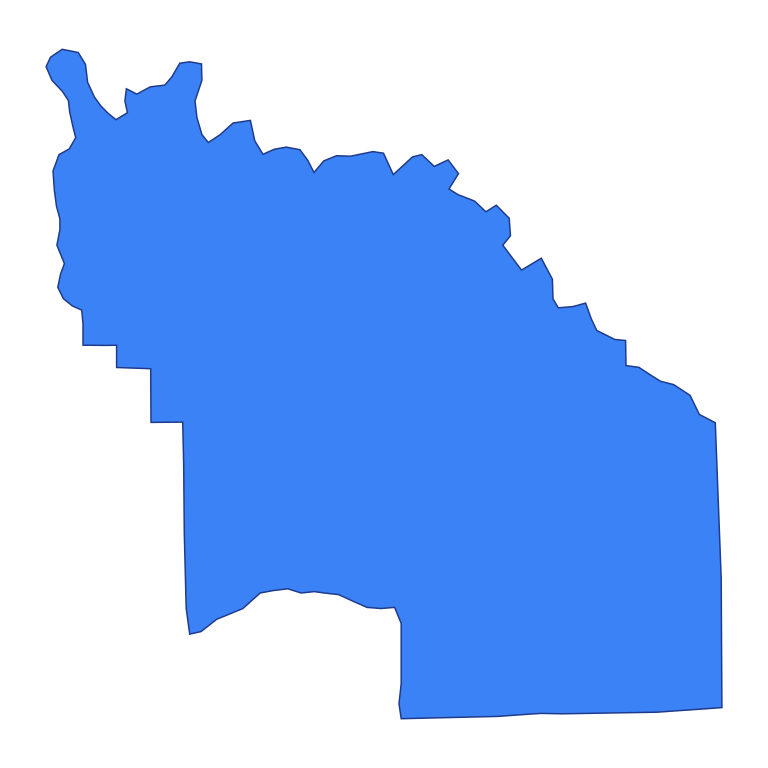 the district of Cândido Godói, Rio Grande do Sul, Brazil
{"feature_id": "56859067B20748730789342", "entity_name": "Cândido Godói", "entity_type": "district", "adm_level": 2, "iso_a3": "BRA", "parent_name": "Brazil", "parent_adm1": "Rio Grande do Sul", "projection": "natural_earth1", "projection_center": [-54.75, -27.926], "detail": "fine", "context": "isolated", "style": "filled", "palette": "blue", "viewbox_px": 768, "rotation_deg": 0, "n_neighbors": 0, "source": "geoboundaries", "source_scale": "gbopen_adm2", "svg_char_len": 1705}
<svg xmlns="http://www.w3.org/2000/svg" viewBox="0 0 768 768"><path d="M399.0,703.8L401.2,718.7L497.8,716.4L529.8,714.1L541.2,713.4L562.3,713.8L656.8,712.2L721.9,707.6L721.2,578.6L715.3,422.8L699.3,414.4L690.1,395.4L673.8,384.7L660.4,381.2L651.5,375.6L638.8,367.3L626.0,365.6L625.6,340.5L614.6,339.4L596.8,330.5L591.4,319.1L585.6,303.1L572.8,306.6L558.3,307.8L553.0,298.9L552.4,279.2L541.3,258.2L521.5,270.1L502.8,245.2L510.5,235.7L509.2,218.3L496.3,205.2L485.9,211.8L474.6,201.1L457.9,194.6L449.0,189.0L458.5,173.6L448.1,159.9L434.2,166.4L421.8,154.6L412.5,156.9L393.3,174.6L383.5,153.2L372.9,151.6L350.5,156.2L336.6,155.7L323.8,160.9L314.0,172.5L307.8,160.4L299.9,149.7L286.3,147.1L274.4,149.2L263.0,154.3L254.8,140.9L250.4,120.4L233.1,123.0L220.2,134.6L208.3,142.5L201.9,134.6L196.9,117.4L195.0,100.9L201.9,80.4L201.5,63.9L189.6,61.8L179.8,63.2L171.8,76.9L164.8,85.1L150.2,86.9L136.8,94.1L126.4,88.8L124.9,100.9L127.4,112.7L116.0,119.7L108.2,113.4L100.9,106.0L94.5,97.2L87.6,82.3L85.5,64.4L78.2,52.5L62.2,49.3L50.5,57.2L46.1,66.7L52.0,80.4L62.4,91.4L68.4,100.6L69.7,112.0L72.6,125.3L75.7,137.6L69.2,149.0L59.0,154.6L53.0,171.1L54.4,190.8L56.5,206.4L59.9,218.7L59.9,229.7L56.9,245.2L64.4,263.6L60.5,274.3L57.8,287.3L63.4,298.7L72.3,305.9L81.7,310.1L83.0,323.8L83.0,345.2L105.7,345.4L116.6,345.2L116.6,367.5L150.7,368.7L151.0,422.4L182.7,422.1L183.7,465.8L184.3,533.9L186.2,608.3L189.7,634.1L201.0,631.6L216.8,619.2L226.0,615.5L234.4,612.0L242.9,608.5L251.1,601.1L260.2,593.0L273.0,590.6L287.8,588.8L301.1,593.0L314.3,591.6L324.1,593.0L338.5,594.6L354.3,601.8L367.0,607.4L381.0,608.5L394.6,607.4L401.2,623.4L401.2,657.8L401.2,683.6L399.0,703.8Z" fill="#3b82f6" stroke="#1e3a8a" stroke-width="1.5"/></svg>